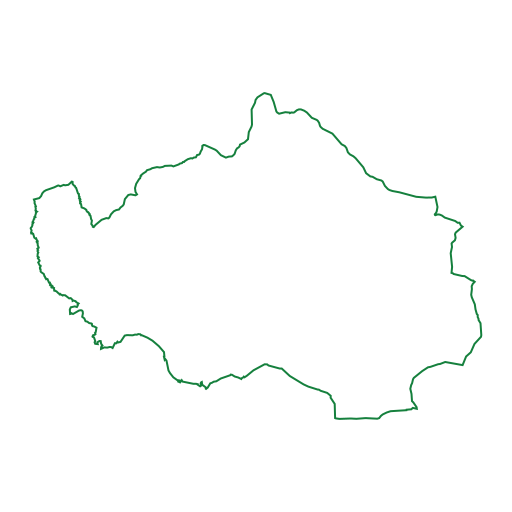 Gasabo, Kigali City, Rwanda
{"feature_id": "39286606B27612515465928", "entity_name": "Gasabo", "entity_type": "district", "adm_level": 2, "iso_a3": "RWA", "parent_name": "Rwanda", "parent_adm1": "Kigali City", "projection": "mercator", "projection_center": [30.108, -1.884], "detail": "fine", "context": "isolated", "style": "outline", "palette": "green", "viewbox_px": 512, "rotation_deg": 0, "n_neighbors": 0, "source": "geoboundaries", "source_scale": "gbopen_adm2", "svg_char_len": 5923}
<svg xmlns="http://www.w3.org/2000/svg" viewBox="0 0 512 512"><path d="M166.5,360.7L168.5,370.5L170.0,373.1L173.3,377.3L177.2,380.1L179.1,380.4L178.3,381.6L180.1,382.4L181.7,380.2L182.6,381.6L193.4,383.8L196.1,383.8L197.7,384.2L197.6,384.6L200.1,386.3L201.3,385.5L200.6,383.4L201.1,382.4L201.8,382.0L202.2,384.7L206.3,387.8L205.4,389.4L207.7,387.6L210.3,383.3L211.9,382.8L213.7,381.7L216.3,381.3L220.8,378.5L230.3,375.2L230.7,374.6L232.0,374.8L234.7,376.5L238.2,377.5L241.3,379.0L241.6,378.3L243.4,377.3L243.8,376.7L244.5,377.3L246.8,375.8L253.5,370.3L264.6,364.3L267.2,364.4L268.5,365.5L279.6,368.5L281.7,368.5L289.8,376.0L303.6,384.4L308.3,386.6L317.8,389.6L318.8,389.6L320.7,390.8L327.2,392.9L330.7,395.8L330.6,397.7L334.7,403.9L335.1,418.1L335.9,418.4L339.5,418.9L350.5,418.5L356.4,418.8L365.6,418.1L377.3,418.7L379.2,418.1L381.0,415.8L382.8,414.4L386.7,412.5L390.6,411.2L406.5,410.2L406.6,409.7L411.3,409.3L412.8,407.9L416.8,408.8L416.6,407.2L413.4,402.5L412.0,401.1L411.5,393.9L410.3,388.8L411.2,385.0L412.1,383.2L413.0,379.3L413.8,377.9L422.2,371.1L428.0,367.3L430.3,366.9L438.2,364.2L440.0,364.0L445.2,362.0L462.6,365.1L466.1,356.5L470.8,352.3L474.5,343.9L481.0,336.8L481.3,335.1L480.5,323.2L478.6,320.1L478.5,318.7L477.7,317.1L477.7,315.0L476.8,314.0L475.5,309.3L474.8,304.3L471.8,297.3L471.2,294.8L471.9,289.1L471.7,286.2L472.8,283.8L474.7,281.8L473.1,280.6L472.9,280.8L471.1,280.2L464.6,276.1L462.2,276.0L453.6,274.0L452.9,273.3L451.5,272.9L452.1,266.9L450.7,253.2L452.0,247.0L451.6,243.5L452.2,242.6L454.9,240.3L455.6,237.9L455.0,234.2L455.7,232.6L462.6,226.7L460.9,225.5L459.5,222.7L457.7,222.8L455.2,221.0L444.8,217.6L441.9,215.5L439.7,214.6L437.8,214.4L435.3,215.2L435.0,215.0L434.8,214.3L435.8,213.2L436.7,211.5L437.5,207.0L435.3,196.7L431.9,197.5L425.9,197.6L416.2,196.8L399.4,192.3L392.4,191.0L389.4,190.0L387.8,189.0L384.9,185.9L382.7,181.5L381.4,180.5L376.7,179.2L372.6,176.8L370.3,176.4L366.1,173.2L363.3,167.3L355.6,158.2L353.4,156.3L349.9,154.4L347.9,152.3L346.4,148.0L344.8,146.0L341.6,144.3L332.4,133.6L322.7,128.8L320.7,127.0L320.0,125.9L319.1,122.8L317.7,120.7L316.7,119.9L311.8,117.8L306.9,112.5L304.2,110.7L300.9,109.4L298.9,109.4L296.9,110.2L294.2,112.4L293.0,112.7L291.8,112.4L289.9,113.1L289.7,112.6L285.3,112.2L279.1,113.7L277.2,112.5L276.4,111.5L273.7,102.0L270.8,94.9L264.7,93.1L263.8,93.3L257.5,97.3L255.6,99.9L255.0,102.8L251.6,109.5L252.0,124.6L251.5,126.6L248.8,132.1L248.0,139.2L244.4,142.5L240.0,144.6L239.6,146.3L238.5,147.5L237.1,148.3L235.8,150.3L234.6,153.9L233.3,155.3L231.9,156.4L228.8,156.6L225.9,157.6L220.9,155.2L216.7,150.7L215.0,149.6L204.9,145.1L203.5,145.0L202.3,145.9L202.3,146.5L202.5,146.5L202.0,149.3L200.7,151.5L199.9,153.7L198.9,154.7L197.1,155.0L195.9,157.3L193.7,157.6L192.4,158.5L191.0,158.2L187.8,159.2L184.5,161.3L184.2,161.9L182.9,162.0L182.0,163.1L179.6,163.7L178.9,164.4L173.4,166.4L171.4,165.6L164.9,165.9L162.9,166.9L159.8,167.5L157.0,167.1L152.1,168.2L150.4,169.2L147.0,170.2L145.9,171.7L143.1,173.5L140.8,175.5L141.0,175.9L140.6,176.1L140.1,178.3L139.1,179.1L136.2,183.8L135.0,188.1L135.5,191.9L137.0,194.4L135.5,195.3L130.8,194.4L128.3,195.0L124.9,199.1L123.7,204.5L122.6,205.9L120.5,207.5L119.0,209.5L116.2,210.1L113.8,211.3L111.0,214.3L109.4,217.5L108.4,218.4L106.3,218.1L101.6,219.8L95.5,224.9L93.7,227.1L92.8,226.8L92.7,225.9L91.3,224.0L91.9,220.6L91.1,219.0L90.5,215.8L89.7,215.2L89.8,214.4L89.3,214.4L88.8,212.8L88.1,212.1L87.6,212.2L86.4,210.6L86.3,209.8L84.3,208.4L81.6,207.4L81.1,204.3L80.5,203.0L80.1,203.1L80.1,202.0L80.6,201.6L79.9,201.0L79.7,200.0L79.8,199.4L80.3,199.9L80.4,199.5L79.3,198.6L79.8,198.2L79.2,197.5L79.5,196.6L78.9,196.1L78.9,194.0L78.0,193.5L76.1,187.8L75.5,187.5L74.8,185.9L73.9,185.5L72.6,183.9L72.6,181.9L71.8,181.6L68.4,184.8L65.1,185.3L63.7,184.9L60.3,186.3L58.6,185.5L57.8,185.6L54.3,187.3L46.0,190.2L44.0,191.4L42.3,193.3L41.1,196.1L39.3,198.1L33.9,199.5L34.7,201.8L34.5,203.0L35.9,206.4L35.4,206.7L35.8,208.7L35.5,210.4L36.1,210.7L35.9,211.6L36.8,211.8L36.2,212.4L35.1,216.1L35.4,217.0L34.4,217.1L34.3,218.8L33.9,219.0L33.2,220.9L33.1,222.2L32.6,222.1L32.5,222.6L33.3,222.8L32.3,224.6L32.4,225.4L31.7,227.0L30.8,227.9L30.7,228.6L31.6,230.4L31.1,232.5L31.9,232.9L31.5,233.5L33.2,233.9L34.3,237.6L35.8,238.8L36.2,238.5L36.7,239.9L37.5,240.9L36.8,241.7L37.6,242.1L37.2,242.8L37.7,243.6L37.7,245.2L38.7,247.7L37.4,248.6L38.0,249.9L37.6,250.0L37.6,251.5L38.3,252.5L37.7,253.7L37.5,256.4L38.7,257.3L37.9,258.2L39.6,260.6L39.5,261.1L38.2,262.4L39.7,265.4L40.6,265.7L40.6,266.5L39.9,267.5L40.0,268.9L40.6,269.3L40.6,271.4L41.1,272.1L43.8,274.0L44.5,276.3L44.9,276.5L45.3,277.9L46.2,278.5L46.2,279.2L47.5,279.1L48.9,282.4L49.8,282.6L49.6,283.2L50.5,284.0L50.2,284.5L51.1,285.1L50.6,285.5L51.8,286.1L51.7,286.7L52.2,286.5L52.2,287.2L52.8,286.9L53.0,287.4L52.6,287.6L54.0,288.0L53.8,288.8L54.3,289.5L54.2,290.6L56.4,291.3L58.9,293.7L59.9,293.8L59.9,294.5L60.9,294.5L62.7,295.5L63.1,295.1L65.2,295.3L69.2,298.4L70.7,298.1L72.4,299.7L72.6,300.9L73.3,300.5L75.6,301.2L76.3,302.2L78.6,303.5L77.6,304.6L77.8,305.4L76.9,307.0L74.8,306.4L70.8,307.3L69.8,309.5L70.1,314.0L71.0,313.8L71.4,313.2L73.0,314.0L79.1,310.5L81.0,310.2L82.2,310.7L82.7,311.5L82.9,313.5L82.2,316.8L84.3,318.4L85.5,321.2L87.4,321.7L89.2,323.1L91.5,323.5L92.0,324.0L91.9,324.9L92.5,326.1L94.2,326.5L96.5,327.7L95.7,332.1L95.0,332.9L95.5,334.1L94.7,334.8L93.1,335.2L92.5,336.5L92.6,336.8L93.9,337.3L94.2,338.0L95.3,341.3L94.6,342.2L95.2,343.8L97.7,344.1L97.3,342.8L97.8,342.0L99.5,341.0L100.7,341.1L101.1,343.7L102.4,345.5L101.7,346.0L101.8,347.2L101.1,347.3L101.0,348.9L104.3,347.4L107.2,347.6L109.7,347.0L111.2,347.1L112.6,348.0L114.9,343.2L116.3,343.3L117.4,341.7L118.1,342.5L120.5,341.9L124.7,335.6L127.0,335.1L132.7,335.3L135.0,334.6L136.9,334.7L138.2,334.1L140.3,334.3L141.1,335.3L141.5,335.1L147.5,337.7L152.5,340.7L158.9,346.2L164.0,352.1L164.4,356.3L163.9,356.5L164.7,359.8L165.3,359.1L166.5,360.7Z" fill="none" stroke="#15803d" stroke-width="2"/></svg>